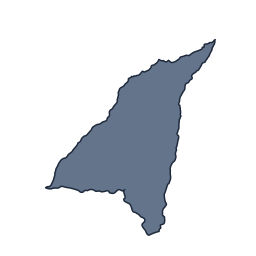 outline of Enciso, Santander, Colombia, rotated 190°
{"feature_id": "7082276B96027613653317", "entity_name": "Enciso", "entity_type": "district", "adm_level": 2, "iso_a3": "COL", "parent_name": "Colombia", "parent_adm1": "Santander", "projection": "albers", "projection_center": [-72.688, 6.65], "detail": "fine", "context": "isolated", "style": "filled", "palette": "slate", "viewbox_px": 256, "rotation_deg": 190, "n_neighbors": 0, "source": "geoboundaries", "source_scale": "gbopen_adm2", "svg_char_len": 5698}
<svg xmlns="http://www.w3.org/2000/svg" viewBox="0 0 256 256"><g transform="rotate(190 128 128)"><path d="M86.5,208.0L86.8,207.8L88.4,207.1L88.9,206.6L89.1,206.2L89.3,205.3L90.0,204.6L90.5,204.0L91.2,203.3L92.3,202.2L93.4,201.3L95.4,200.3L96.0,200.1L97.1,200.1L97.8,200.4L99.2,201.3L100.0,201.6L100.6,200.7L101.0,200.3L102.0,199.8L102.4,199.7L102.8,199.7L104.9,200.5L105.4,200.4L106.0,200.1L106.5,200.0L108.3,200.4L109.2,200.8L109.5,200.8L109.7,200.4L109.9,199.0L110.2,198.4L111.2,196.8L112.1,196.0L113.2,194.7L113.6,194.5L114.7,194.1L115.3,193.8L115.7,193.2L115.9,192.4L115.9,191.6L116.0,191.1L117.0,189.5L117.7,188.6L119.2,187.6L119.8,187.1L120.6,186.7L121.4,186.0L122.0,186.0L122.9,186.3L123.5,186.4L123.8,186.1L124.3,185.5L124.9,184.3L125.8,182.8L126.5,182.1L127.0,181.8L128.4,181.3L129.2,180.6L131.2,180.3L131.4,180.0L131.5,179.7L131.8,179.4L132.0,179.3L133.3,179.4L133.6,179.2L134.0,178.2L134.4,177.8L135.5,177.3L135.8,177.0L136.2,176.4L135.9,175.2L135.9,174.7L136.2,173.9L136.5,173.2L137.0,172.5L137.7,171.7L138.8,170.2L139.3,168.8L139.6,168.4L140.1,168.1L141.1,167.2L141.9,166.6L142.5,165.9L143.1,165.0L143.2,164.0L143.8,161.1L143.5,160.0L143.1,159.4L143.5,153.6L143.2,151.9L143.2,151.3L145.8,146.9L146.5,144.9L147.0,144.0L147.6,143.2L148.1,143.0L148.6,142.4L148.9,141.7L149.2,140.8L149.1,140.2L148.6,138.1L148.5,137.5L148.5,136.6L148.7,136.2L149.9,134.7L150.1,134.0L150.2,132.4L150.5,131.8L151.2,131.0L153.6,129.7L154.0,129.5L155.7,127.7L156.4,127.1L156.9,126.8L158.5,126.3L159.9,125.5L162.8,122.8L163.2,122.1L164.0,119.3L165.0,117.9L166.6,115.2L167.7,113.5L168.2,113.1L169.3,112.6L170.2,112.0L171.2,110.6L171.9,109.4L172.3,107.4L172.5,106.8L172.9,106.1L173.4,105.6L174.6,104.7L174.7,104.3L175.2,102.1L175.6,101.4L176.3,100.4L176.7,99.4L178.2,97.1L178.6,95.8L179.3,94.6L182.1,91.6L182.3,91.2L182.4,90.7L182.9,89.6L183.3,88.9L183.9,88.1L184.5,87.6L185.3,87.3L186.3,86.8L187.5,85.8L188.5,84.6L189.6,82.3L190.2,80.4L190.5,79.6L190.6,78.6L191.2,77.2L191.8,75.2L191.9,73.0L192.2,70.8L191.9,69.4L191.9,67.9L192.2,66.7L192.4,63.7L193.8,58.6L194.2,57.9L194.9,57.1L195.4,56.7L197.5,56.0L197.8,55.8L198.4,55.4L198.6,55.0L198.6,54.8L197.3,54.5L196.0,54.4L194.3,54.5L193.5,54.8L192.9,54.8L191.7,55.5L190.1,56.1L187.8,56.4L185.7,57.1L184.9,57.8L184.3,58.7L183.2,59.0L181.4,59.1L178.8,58.8L174.2,58.9L173.3,58.7L172.5,58.8L171.7,58.6L171.1,58.6L170.0,58.5L167.5,58.1L166.1,57.9L165.6,57.7L164.9,57.2L163.9,56.7L163.5,56.6L162.7,56.6L161.5,56.9L161.0,57.2L160.7,57.7L160.5,58.3L160.3,58.5L158.7,59.2L157.2,59.3L156.9,59.4L155.2,60.6L154.5,60.9L153.7,61.0L151.7,61.2L149.4,60.3L148.6,60.1L147.6,60.3L146.7,60.7L144.9,60.9L144.5,60.9L143.5,60.6L142.7,60.6L141.6,60.9L139.2,61.8L138.3,62.4L137.7,62.7L136.0,62.4L135.5,61.9L135.4,61.4L134.9,61.0L133.2,60.9L132.2,60.9L131.5,61.0L130.5,61.4L129.7,62.1L127.4,65.1L126.7,65.6L125.9,65.8L125.2,65.8L123.8,65.3L122.8,65.1L122.3,65.2L121.6,65.8L120.9,66.2L121.1,65.6L121.1,64.3L119.9,61.7L119.2,60.5L118.8,59.5L118.8,58.6L119.7,57.5L119.8,57.1L119.6,56.5L119.0,55.5L118.3,55.1L115.6,54.2L114.3,53.9L113.0,53.3L112.6,53.0L111.5,51.6L109.7,48.0L108.9,46.9L108.3,46.4L107.7,46.2L106.0,46.1L105.0,45.6L102.5,44.7L101.5,44.0L100.0,42.8L99.3,42.6L97.4,42.2L96.3,41.6L95.7,40.8L95.3,40.1L95.3,39.1L95.8,38.2L96.5,37.3L97.3,36.0L97.4,35.2L97.3,34.6L96.7,33.5L96.4,33.2L95.3,32.0L93.6,30.6L92.9,29.8L91.4,27.6L90.6,26.7L89.6,26.2L89.1,26.1L88.6,26.2L84.6,28.9L80.9,30.9L80.3,31.2L79.8,31.3L79.6,31.5L79.4,31.9L79.6,32.6L79.6,33.4L79.3,34.2L78.6,34.8L78.5,35.1L78.5,36.0L79.1,36.8L79.2,37.2L79.1,38.2L78.9,38.3L77.8,38.8L77.4,39.1L76.8,39.4L76.3,39.8L76.0,40.2L75.7,41.2L75.8,43.6L76.4,45.4L76.5,46.5L76.7,46.8L76.9,47.0L78.6,47.9L78.7,48.1L79.0,48.5L79.0,49.2L79.6,52.1L79.5,53.3L79.3,54.2L78.9,55.2L78.2,56.1L77.7,57.4L77.1,58.4L76.9,59.0L76.9,59.5L77.1,60.1L78.3,61.6L79.4,63.8L80.6,67.8L80.8,68.8L80.7,69.7L80.4,70.5L80.1,72.2L79.2,79.1L78.7,80.0L78.2,80.3L78.0,80.7L77.6,83.3L77.3,84.5L77.4,86.8L78.1,89.2L78.5,90.2L78.9,93.4L79.2,94.1L79.4,95.4L79.4,96.3L79.3,97.8L78.5,100.6L78.3,101.2L77.5,102.4L76.6,103.4L76.3,104.0L76.0,105.2L75.8,106.8L75.8,107.8L76.1,109.1L76.7,110.2L76.9,111.2L76.7,113.4L76.4,114.9L77.1,116.3L77.1,116.9L77.1,117.3L76.7,118.6L76.7,120.7L76.6,122.1L76.7,123.9L76.4,126.3L76.5,127.8L76.7,128.7L76.9,129.0L78.3,130.1L78.7,130.8L78.8,131.3L78.7,131.8L78.4,132.4L78.4,133.8L78.2,134.9L78.0,135.3L77.9,136.6L78.2,138.8L78.5,140.0L78.6,141.4L78.6,143.0L79.0,145.1L78.5,146.0L78.4,146.5L78.3,148.0L78.0,148.6L78.0,149.1L78.9,150.2L78.8,152.0L79.1,153.4L79.6,155.0L80.0,156.6L80.7,158.3L80.8,159.1L81.1,159.4L81.8,159.5L82.2,160.0L82.3,161.1L81.9,163.1L82.1,165.0L82.0,167.7L81.7,168.4L81.2,169.5L81.0,170.3L80.9,171.1L80.4,171.8L80.3,172.5L79.7,174.0L79.1,175.1L78.9,175.8L78.9,176.8L79.1,178.7L79.1,179.7L79.0,180.8L78.9,181.4L78.1,182.2L76.5,183.1L76.3,183.5L75.8,184.8L75.2,185.9L74.8,186.4L73.8,187.1L73.5,187.9L73.4,188.2L73.7,189.1L74.4,190.1L74.4,190.6L74.2,191.2L73.1,192.9L71.0,194.7L70.7,195.7L70.3,196.1L69.2,196.8L68.7,197.3L67.5,200.1L67.2,201.1L66.8,202.0L66.4,203.8L66.2,204.3L65.6,205.1L63.8,206.1L63.5,206.5L63.0,208.2L62.2,209.7L61.7,211.1L60.8,212.7L60.6,213.4L60.4,214.6L59.9,216.6L59.1,218.6L58.9,220.0L58.9,221.8L58.4,222.9L58.3,223.5L58.1,224.2L57.5,225.6L57.5,226.0L57.4,228.0L57.4,228.5L57.7,229.1L57.6,229.9L58.1,229.7L59.1,227.9L59.9,227.0L60.3,226.8L62.4,226.2L62.8,226.0L63.1,225.5L63.8,225.0L64.8,224.5L65.6,224.2L66.6,224.1L66.9,223.9L67.5,223.0L67.2,220.9L67.4,220.6L67.6,220.6L68.3,220.6L68.7,220.3L68.8,220.0L68.8,219.0L69.1,218.5L71.6,216.7L75.8,214.4L76.9,213.6L79.1,211.5L79.7,210.8L80.0,210.1L80.6,209.9L83.1,209.8L83.8,209.5L85.2,208.6L86.5,208.0Z" fill="#64748b" stroke="#1e293b" stroke-width="1.5"/></g></svg>